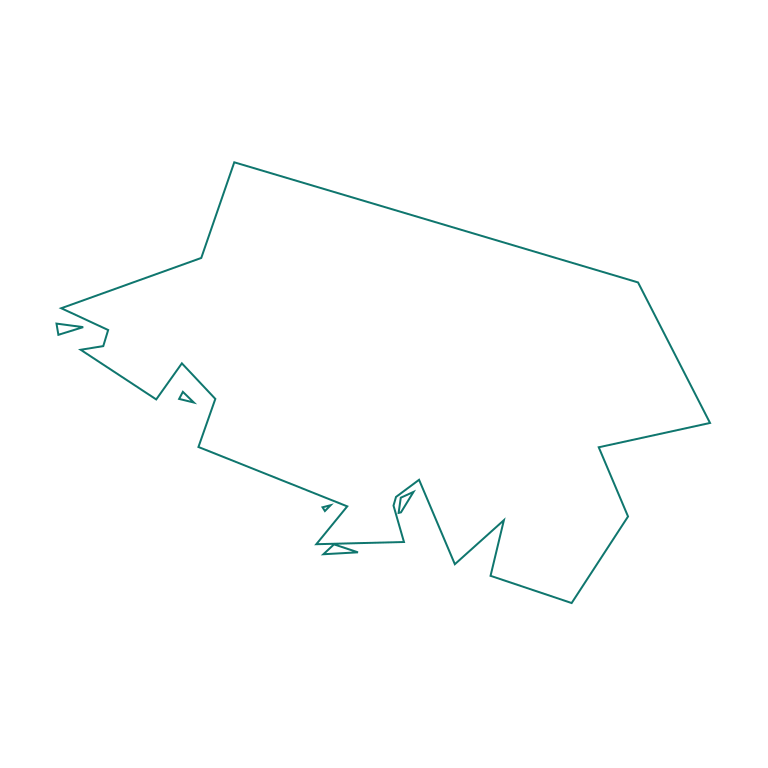 map outline of Fujian (Equal Earth projection), rotated 86°
{"feature_id": "CHN-1178", "entity_name": "Fujian", "entity_type": "Province", "adm_level": 1, "iso_a3": "CHN", "parent_name": "China", "parent_adm1": "", "projection": "equal_earth", "projection_center": [118.681, 25.949], "detail": "coarse", "context": "isolated", "style": "outline", "palette": "teal", "viewbox_px": 768, "rotation_deg": 86, "n_neighbors": 0, "source": "natural_earth", "source_scale": "10m", "svg_char_len": 721}
<svg xmlns="http://www.w3.org/2000/svg" viewBox="0 0 768 768"><g transform="rotate(86 384 384)"><path d="M615.6,212.1L582.8,291.1L528.2,273.9L568.7,325.9L482.0,355.7L497.5,379.9L506.0,383.0L543.0,375.1L539.1,462.7L503.5,429.2L433.9,573.5L387.1,553.3L349.3,584.2L383.5,612.3L328.7,684.2L326.6,661.4L310.9,655.4L285.9,700.7L245.5,557.5L152.4,517.9L300.4,123.5L445.6,61.5L462.1,174.2L533.2,149.8L615.6,212.1ZM550.1,421.7L549.6,456.3L540.5,445.1L550.1,421.7ZM306.3,680.1L312.2,705.4L300.9,706.5L306.3,680.1ZM377.8,585.2L389.2,575.0L384.6,589.4L377.8,585.2ZM493.7,362.1L513.2,376.0L513.6,378.4L498.6,375.2L493.7,362.1ZM501.2,445.7L506.6,451.8L502.7,453.9L501.2,445.7Z" fill="none" stroke="#0f766e" stroke-width="2"/></g></svg>